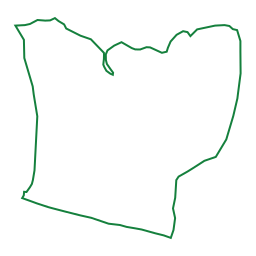 Ngerchemai, Koror, Palau
{"feature_id": "81905179B39054061568345", "entity_name": "Ngerchemai", "entity_type": "district", "adm_level": 2, "iso_a3": "PLW", "parent_name": "Palau", "parent_adm1": "Koror", "projection": "natural_earth1", "projection_center": [134.491, 7.348], "detail": "fine", "context": "isolated", "style": "outline", "palette": "green", "viewbox_px": 256, "rotation_deg": 0, "n_neighbors": 0, "source": "geoboundaries", "source_scale": "gbopen_adm2", "svg_char_len": 1167}
<svg xmlns="http://www.w3.org/2000/svg" viewBox="0 0 256 256"><path d="M170.8,237.9L173.5,230.0L175.1,218.1L173.0,208.4L175.2,197.8L176.3,180.1L178.6,176.6L187.6,171.5L192.6,168.4L204.4,160.8L215.8,156.9L226.3,139.4L233.3,115.9L236.7,101.4L237.4,98.4L237.9,94.3L240.6,73.4L240.4,50.9L240.4,41.0L237.1,30.1L232.8,29.1L229.4,26.0L224.6,25.1L215.1,25.6L197.1,29.4L190.4,36.1L187.5,32.1L183.1,31.2L176.6,34.8L170.6,41.5L167.9,47.8L166.7,51.7L161.9,52.8L150.1,47.4L146.5,47.2L140.1,49.5L135.2,49.4L131.8,48.1L121.5,42.2L114.2,45.6L107.5,50.4L105.8,54.4L105.9,60.1L106.9,64.0L110.6,69.3L113.1,72.7L112.8,74.8L110.2,73.6L106.4,70.8L104.3,67.0L103.3,64.6L103.9,59.0L104.0,54.9L103.9,52.8L90.9,39.3L80.5,35.7L66.2,28.5L64.1,24.4L58.6,21.1L54.9,18.1L50.1,20.4L45.3,20.6L37.5,20.0L29.9,24.0L24.9,25.1L15.4,25.6L23.9,39.8L24.3,58.0L32.7,86.4L33.7,94.3L37.3,116.3L34.5,170.4L32.9,180.0L31.9,183.9L30.0,187.1L26.5,192.0L24.1,191.8L23.8,195.3L22.2,198.1L32.0,201.6L36.9,203.4L48.2,207.1L52.6,208.3L65.3,211.6L80.4,215.4L91.2,217.8L108.6,223.7L119.9,225.0L126.6,226.9L135.5,228.4L141.6,229.5L155.3,233.3L163.8,235.4L170.8,237.9Z" fill="none" stroke="#15803d" stroke-width="2"/></svg>